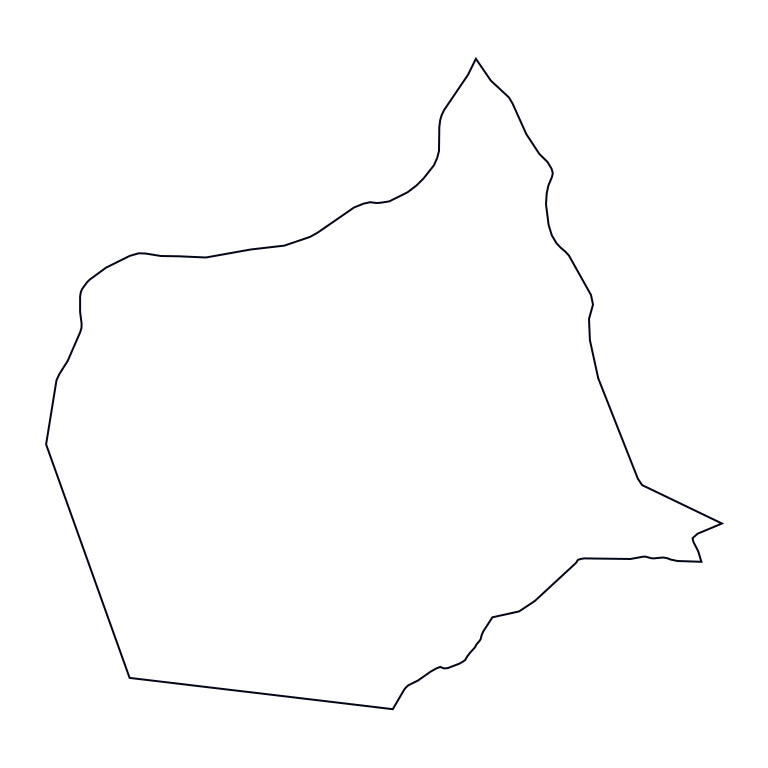 Chontales, Mercator projection
{"feature_id": "NIC-669", "entity_name": "Chontales", "entity_type": "Department", "adm_level": 1, "iso_a3": "NIC", "parent_name": "Nicaragua", "parent_adm1": "", "projection": "mercator", "projection_center": [-85.042, 12.14], "detail": "fine", "context": "isolated", "style": "outline", "palette": "ink", "viewbox_px": 768, "rotation_deg": 0, "n_neighbors": 0, "source": "natural_earth", "source_scale": "10m", "svg_char_len": 1559}
<svg xmlns="http://www.w3.org/2000/svg" viewBox="0 0 768 768"><path d="M376.4,203.0L380.2,202.8L389.2,201.4L407.5,192.3L416.7,185.3L423.6,178.4L434.0,165.2L437.2,157.9L439.0,150.9L439.3,127.3L440.2,120.1L441.7,115.0L444.2,109.9L468.0,74.8L475.9,58.8L490.9,80.7L508.9,97.4L512.6,103.6L526.3,134.1L539.3,153.9L547.6,162.1L551.6,168.8L552.8,173.1L552.0,176.9L548.4,185.5L546.7,193.4L546.0,204.3L548.6,224.9L551.8,235.3L556.4,243.1L560.7,247.7L565.2,251.5L568.9,255.5L591.0,295.0L593.0,304.6L589.0,319.0L589.9,340.1L598.2,378.2L637.8,478.6L642.1,485.1L721.9,523.5L697.6,533.7L692.6,538.1L693.1,540.9L693.8,542.7L698.2,551.2L701.4,561.8L677.5,561.0L670.5,559.5L667.5,558.3L665.1,557.8L663.0,557.5L653.6,558.4L651.1,558.2L645.8,556.7L643.1,556.7L630.3,559.0L584.3,558.4L581.0,558.9L578.0,559.8L576.0,562.9L534.8,601.0L519.1,611.4L492.4,617.3L483.1,631.7L481.4,635.8L481.3,636.6L480.7,639.1L479.5,641.0L476.9,643.9L475.9,645.4L475.3,646.8L474.4,648.0L470.1,652.7L467.2,656.5L465.2,660.0L463.1,661.5L459.3,663.7L447.7,668.1L444.6,668.4L443.1,668.1L440.2,666.9L436.2,668.5L430.5,671.7L418.0,680.5L408.3,685.3L405.7,687.7L404.2,689.6L392.8,709.2L129.6,677.9L46.1,444.4L56.5,380.2L59.4,374.0L65.3,364.6L66.2,363.4L66.9,362.1L67.6,361.1L80.2,332.2L81.5,327.8L81.6,323.5L80.1,311.9L80.1,296.4L80.8,292.3L82.0,289.2L87.0,282.3L90.0,279.4L106.1,267.6L129.7,255.9L138.6,253.3L145.4,253.5L160.9,256.0L179.1,256.3L205.9,257.5L250.7,249.5L284.4,245.6L310.0,236.9L317.4,232.8L354.0,207.5L363.4,203.7L370.1,202.2L376.4,203.0Z" fill="none" stroke="#020617" stroke-width="2"/></svg>